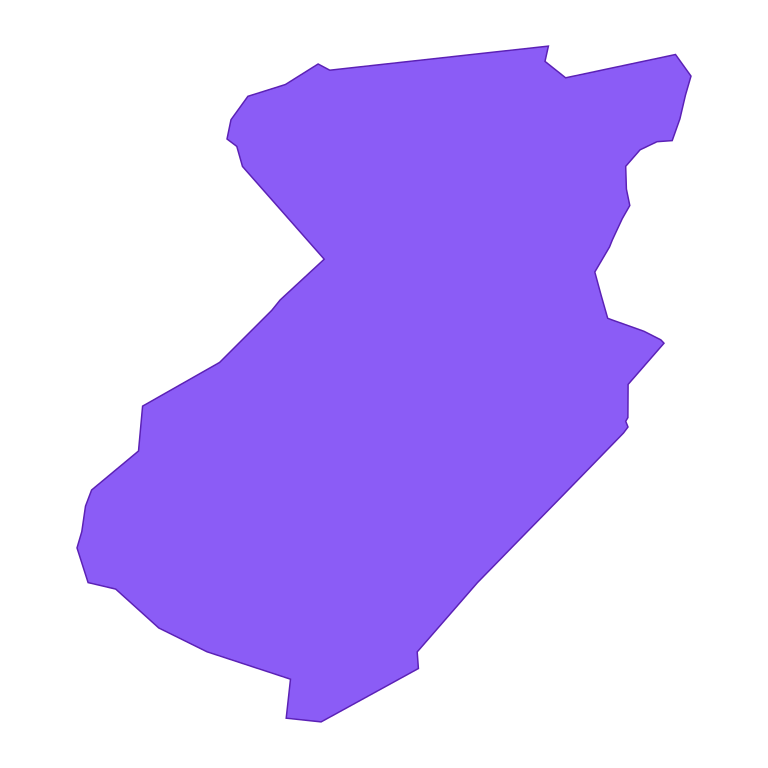 the district of Middlesex, New Jersey, United States of America
{"feature_id": "52423323B55507665446718", "entity_name": "Middlesex", "entity_type": "district", "adm_level": 2, "iso_a3": "USA", "parent_name": "United States of America", "parent_adm1": "New Jersey", "projection": "albers", "projection_center": [-74.38, 40.43], "detail": "fine", "context": "isolated", "style": "filled", "palette": "violet", "viewbox_px": 768, "rotation_deg": 0, "n_neighbors": 0, "source": "geoboundaries", "source_scale": "gbopen_adm2", "svg_char_len": 858}
<svg xmlns="http://www.w3.org/2000/svg" viewBox="0 0 768 768"><path d="M286.2,718.2L321.1,721.9L418.4,668.5L417.2,651.9L477.4,582.7L513.6,545.6L566.2,491.9L623.5,433.0L628.0,427.0L625.7,421.3L627.9,417.6L628.1,384.4L664.0,343.2L660.9,339.9L644.0,331.3L613.4,320.4L607.7,318.3L601.1,295.2L594.8,272.0L609.5,247.0L612.4,239.8L622.3,218.6L629.8,205.5L626.4,189.1L625.7,166.3L640.1,149.8L657.0,141.7L672.2,140.6L679.9,118.9L685.5,95.0L691.0,76.1L675.5,54.5L565.6,77.8L545.0,61.4L548.4,46.1L497.4,51.7L468.3,54.9L355.8,67.3L329.8,70.2L318.1,64.0L285.4,84.5L247.9,96.3L231.0,119.7L227.0,139.0L236.8,146.4L242.5,166.5L324.2,259.2L280.2,299.9L271.8,310.3L219.6,362.4L142.6,406.1L138.5,451.0L91.6,490.0L85.5,506.1L81.8,531.6L77.0,547.9L88.1,582.6L115.7,589.1L158.8,628.0L207.0,651.8L290.5,679.2L286.2,718.2Z" fill="#8b5cf6" stroke="#5b21b6" stroke-width="1.5"/></svg>